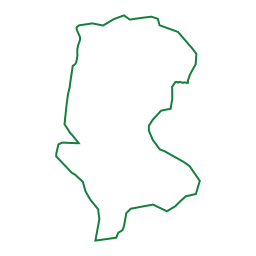 the district of Tosoncengel, Dzavhan, Mongolia
{"feature_id": "93677404B60721538910841", "entity_name": "Tosoncengel", "entity_type": "district", "adm_level": 2, "iso_a3": "MNG", "parent_name": "Mongolia", "parent_adm1": "Dzavhan", "projection": "equal_earth", "projection_center": [98.252, 48.497], "detail": "fine", "context": "isolated", "style": "outline", "palette": "green", "viewbox_px": 256, "rotation_deg": 0, "n_neighbors": 0, "source": "geoboundaries", "source_scale": "gbopen_adm2", "svg_char_len": 4597}
<svg xmlns="http://www.w3.org/2000/svg" viewBox="0 0 256 256"><path d="M199.8,180.9L189.6,166.1L183.6,161.9L164.9,151.4L159.7,149.3L155.8,143.9L155.5,143.6L152.8,139.9L149.7,132.7L149.5,132.1L149.4,131.9L149.1,131.2L148.9,130.8L148.9,130.7L148.9,129.2L148.9,128.2L148.9,127.9L148.9,127.5L148.9,127.3L148.9,126.1L148.9,125.9L148.9,125.7L149.0,125.7L149.1,125.4L149.4,125.1L149.6,124.7L149.8,124.3L150.0,124.1L150.1,123.9L150.2,123.7L151.1,122.3L151.2,122.1L152.0,120.9L152.8,119.7L155.1,117.2L155.3,117.0L155.5,116.8L155.7,116.6L157.5,114.6L157.7,114.3L157.9,114.2L160.4,111.4L160.7,111.1L161.2,110.6L161.4,110.6L161.9,110.5L162.5,110.4L162.9,110.3L164.3,110.0L164.5,110.0L165.2,109.8L165.5,109.8L165.8,109.7L169.4,109.0L169.7,109.0L170.6,108.8L170.6,108.5L170.6,108.4L172.3,98.8L172.2,89.3L172.2,89.1L172.1,87.1L172.1,86.9L172.7,86.1L173.0,85.6L173.1,85.4L173.6,84.6L173.8,84.4L174.0,84.1L174.5,83.3L174.6,83.2L174.9,82.7L175.0,82.6L175.2,82.3L175.3,82.2L175.5,82.0L175.9,81.9L176.0,81.9L176.4,81.9L176.6,82.0L176.8,82.0L177.0,82.0L177.3,82.1L177.6,82.3L177.8,82.4L177.9,82.5L178.0,82.5L178.3,82.5L178.5,82.5L178.6,82.4L178.6,82.2L178.8,82.1L179.1,82.0L179.3,82.0L179.5,82.0L179.9,81.9L180.2,81.9L180.4,82.0L180.6,82.1L180.9,82.3L181.1,82.4L181.4,82.4L181.6,82.5L181.9,82.6L182.4,82.8L182.7,82.8L182.9,82.8L183.1,82.8L183.2,82.7L183.4,82.6L183.7,82.4L184.0,82.3L184.3,82.3L184.6,82.4L184.9,82.4L185.1,82.5L185.4,82.5L186.0,82.7L186.6,82.9L186.9,82.9L187.1,82.9L187.5,82.9L187.8,82.8L188.1,82.7L188.0,82.0L188.0,81.8L188.0,81.6L187.9,80.9L187.8,80.7L188.1,80.1L188.1,79.9L188.4,79.2L188.5,78.9L188.6,78.6L188.7,78.3L188.8,78.0L189.0,77.4L189.1,77.2L189.2,76.9L189.3,76.5L189.5,76.2L189.7,75.5L189.8,75.3L190.2,74.1L190.3,74.0L192.6,69.7L192.8,69.5L192.8,69.3L192.9,69.2L193.1,68.9L193.4,68.4L193.9,67.4L194.0,67.2L194.3,66.8L195.0,65.5L195.1,65.3L195.3,64.9L195.7,64.3L195.7,64.1L195.8,62.1L195.8,61.9L196.0,60.2L196.0,59.4L196.0,59.2L196.1,57.9L196.2,56.7L196.3,55.8L196.3,55.7L196.3,55.3L196.4,54.1L196.1,53.6L195.7,53.1L194.6,51.6L194.5,51.4L194.3,51.2L194.2,51.0L193.3,49.8L193.1,49.5L192.9,49.2L190.2,46.1L190.0,45.8L189.6,45.4L189.4,45.2L188.6,44.3L188.5,44.1L187.3,42.7L187.1,42.5L178.1,32.1L178.0,31.9L177.9,31.9L159.6,25.3L157.8,18.8L151.4,16.7L142.1,17.8L129.9,19.6L123.9,15.4L113.9,19.1L103.1,25.5L92.4,23.4L79.3,25.3L79.2,25.3L78.8,25.6L78.7,25.7L78.4,25.9L78.3,26.0L78.2,26.0L77.6,26.6L77.3,26.9L76.9,27.2L76.7,27.3L76.5,27.5L76.5,27.8L76.5,28.0L76.7,29.0L76.8,29.6L77.2,30.7L77.8,32.1L78.6,34.0L78.9,34.6L79.1,35.1L79.3,35.6L79.8,36.7L79.9,37.0L80.0,37.0L80.1,37.5L80.1,37.8L80.0,38.0L80.0,38.4L80.1,38.6L80.1,38.8L80.2,39.0L80.1,39.4L79.1,42.7L78.7,43.8L78.5,44.2L78.3,44.9L78.2,45.2L78.0,45.8L78.0,46.0L78.0,46.3L77.4,48.9L77.3,49.6L77.3,50.4L77.3,51.5L77.3,52.1L77.3,52.6L77.3,53.0L77.4,54.1L77.4,54.5L77.5,55.1L77.5,55.4L77.4,55.7L76.8,59.3L76.3,62.0L75.7,63.5L75.4,63.9L74.4,64.7L73.6,65.3L73.3,65.5L72.7,65.9L72.7,66.1L72.2,69.5L71.8,72.4L71.7,72.5L71.7,72.9L71.7,73.0L71.4,75.0L71.3,75.9L71.2,75.9L71.2,76.5L71.1,77.2L71.0,77.9L70.9,78.0L70.9,78.3L70.8,78.8L70.4,81.5L69.9,85.5L69.6,87.7L69.5,87.9L68.3,93.0L68.0,94.4L67.7,96.5L67.1,101.1L67.0,101.5L66.8,103.0L66.5,105.5L66.5,106.0L66.4,106.2L66.2,108.0L66.2,108.5L66.1,109.1L66.1,109.3L65.9,111.0L65.8,112.0L65.8,112.3L65.7,112.6L65.6,114.3L65.6,114.5L65.4,115.5L65.1,118.4L65.1,119.1L65.0,119.3L65.0,119.6L65.0,119.8L65.0,120.1L64.9,120.2L64.9,120.8L64.9,121.0L64.7,122.6L64.7,122.8L64.5,124.1L66.4,127.2L66.6,127.4L70.1,132.8L72.9,135.9L73.1,136.1L73.3,136.5L74.2,137.5L74.3,137.6L74.7,138.2L74.8,138.3L76.1,139.9L76.2,140.1L76.8,140.8L77.4,141.6L77.6,141.8L77.7,142.0L77.9,142.1L78.4,142.8L78.7,143.2L77.0,143.2L76.6,143.2L71.6,143.0L69.2,142.9L68.8,142.9L68.3,142.8L68.1,142.8L67.9,142.8L67.5,142.8L67.2,142.8L65.1,142.7L64.2,142.7L63.9,142.7L63.6,142.7L63.4,142.7L62.4,142.6L62.1,142.6L60.7,143.3L60.0,143.6L59.9,143.7L58.4,144.4L58.3,144.6L58.2,145.2L58.2,145.4L58.1,145.8L58.0,146.0L58.0,146.3L57.5,148.3L57.5,148.5L57.0,150.5L56.3,153.6L56.3,154.4L56.2,156.4L56.7,156.9L56.8,157.0L57.5,157.8L58.6,158.9L71.8,172.8L74.9,174.5L82.9,181.9L85.5,191.3L90.2,199.5L98.3,209.5L98.4,211.9L99.4,219.0L95.4,240.6L116.3,237.7L117.2,235.2L118.4,232.6L121.2,231.0L122.6,229.9L124.0,226.1L124.8,221.7L126.3,213.1L130.8,208.7L135.7,207.8L136.9,207.6L137.4,207.5L138.1,207.3L148.5,205.4L153.1,204.6L160.1,208.0L163.2,209.5L166.8,211.3L175.2,206.3L175.5,206.1L178.8,202.7L180.3,201.2L182.4,199.3L186.0,196.2L190.8,195.2L193.3,194.6L195.9,194.0L197.7,187.9L199.8,180.9L199.8,180.9Z" fill="none" stroke="#15803d" stroke-width="2"/></svg>